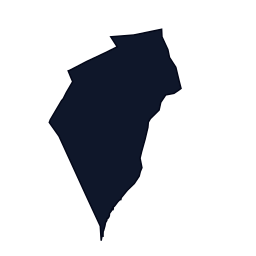 outline of Atar, Adrar, Mauritania, rotated 334°
{"feature_id": "47542326B12791497255333", "entity_name": "Atar", "entity_type": "district", "adm_level": 2, "iso_a3": "MRT", "parent_name": "Mauritania", "parent_adm1": "Adrar", "projection": "albers", "projection_center": [-13.574, 20.45], "detail": "fine", "context": "isolated", "style": "filled", "palette": "ink", "viewbox_px": 256, "rotation_deg": 334, "n_neighbors": 0, "source": "geoboundaries", "source_scale": "gbopen_adm2", "svg_char_len": 1073}
<svg xmlns="http://www.w3.org/2000/svg" viewBox="0 0 256 256"><g transform="rotate(334 128 128)"><path d="M54.5,217.5L56.6,214.6L57.7,213.8L58.2,214.2L58.8,212.9L60.3,210.1L61.1,209.5L64.3,205.9L66.3,203.2L68.4,201.8L68.9,201.0L69.9,200.1L70.3,200.4L71.8,199.6L72.8,198.6L73.9,196.7L75.9,195.6L76.4,195.4L76.9,194.9L77.4,194.5L77.8,194.0L78.1,194.4L78.3,194.0L78.7,193.6L78.8,194.1L79.0,194.5L79.5,193.9L80.2,192.3L80.9,192.5L81.8,192.2L86.5,189.8L89.0,188.9L90.2,189.2L90.5,188.6L91.7,187.5L99.3,184.0L100.5,183.5L109.4,180.6L116.9,176.2L120.0,172.5L123.1,169.8L125.6,160.4L128.9,156.4L129.7,155.4L138.4,145.6L142.5,140.6L146.2,136.1L148.8,131.7L152.2,129.4L163.8,125.5L168.7,119.3L176.4,114.8L184.5,117.0L189.6,116.3L193.0,115.7L194.5,108.4L197.6,94.4L196.2,82.8L198.2,75.0L198.3,69.1L198.5,60.9L201.5,54.0L173.8,46.9L152.5,38.5L153.9,50.3L140.3,50.4L120.0,50.1L100.8,50.6L99.3,50.4L98.8,58.2L98.7,60.5L98.6,62.1L88.1,69.1L82.6,73.3L80.3,74.3L61.8,86.5L59.7,88.5L62.4,105.1L60.8,169.4L60.1,204.0L54.5,217.5Z" fill="#0f172a" stroke="#020617" stroke-width="1.5"/></g></svg>